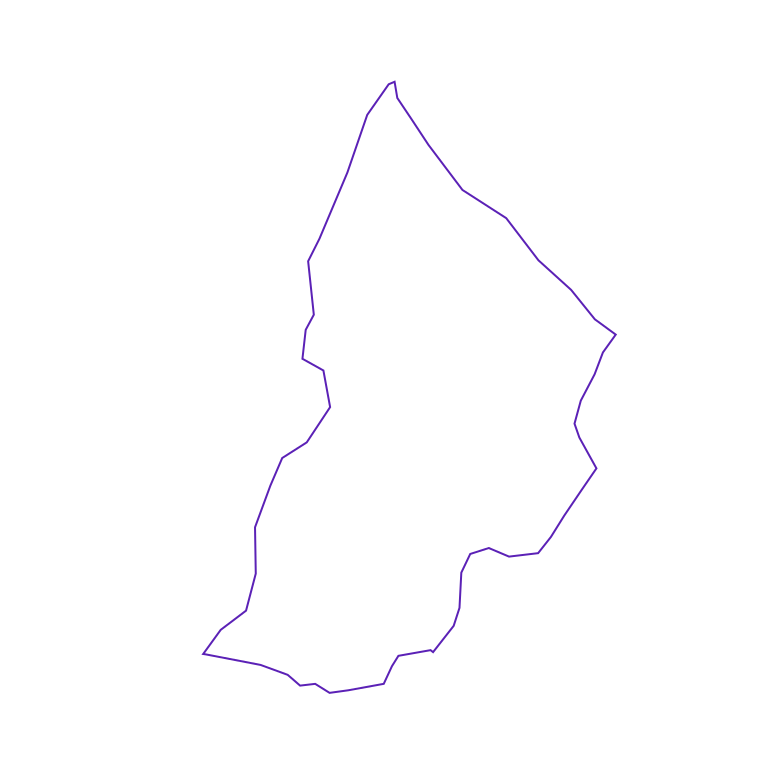 outline of Hedemora, Dalarna, Sweden, rotated 347°
{"feature_id": "70781695B75139337401174", "entity_name": "Hedemora", "entity_type": "district", "adm_level": 2, "iso_a3": "SWE", "parent_name": "Sweden", "parent_adm1": "Dalarna", "projection": "mercator", "projection_center": [16.062, 60.408], "detail": "fine", "context": "isolated", "style": "outline", "palette": "violet", "viewbox_px": 768, "rotation_deg": 347, "n_neighbors": 0, "source": "geoboundaries", "source_scale": "gbopen_adm2", "svg_char_len": 847}
<svg xmlns="http://www.w3.org/2000/svg" viewBox="0 0 768 768"><g transform="rotate(347 384 384)"><path d="M462.3,91.9L456.0,93.0L428.2,118.0L395.9,169.7L353.8,227.9L337.7,247.3L331.2,300.7L319.9,313.6L310.2,341.1L328.0,357.2L326.3,394.4L295.6,423.5L268.2,433.2L250.4,457.5L226.1,494.6L216.4,539.9L198.6,573.8L169.6,586.8L147.1,606.4L149.4,607.3L200.6,630.0L224.7,645.7L234.4,659.0L249.5,660.7L261.5,672.7L280.3,674.4L316.3,676.1L328.3,660.7L336.9,652.1L369.5,653.8L371.5,656.3L397.5,635.3L407.2,619.1L416.9,585.2L429.8,569.0L449.2,567.4L467.0,580.3L496.1,583.5L512.2,570.6L530.0,552.8L552.6,531.8L572.0,514.0L562.3,480.1L560.7,465.5L572.0,444.5L591.4,421.9L604.4,402.5L620.9,388.0L604.0,368.4L587.5,334.4L562.3,298.2L540.4,249.9L504.1,212.6L481.1,161.0L470.1,131.4L461.3,108.3L462.3,91.9Z" fill="none" stroke="#5b21b6" stroke-width="2"/></g></svg>